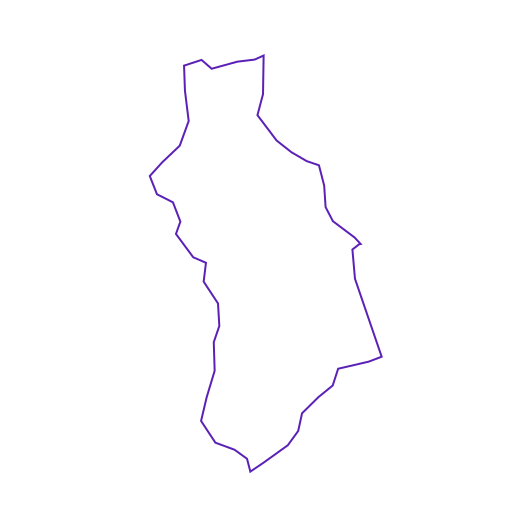 Forshaga, Värmland, Sweden (orthographic projection), rotated 162°
{"feature_id": "70781695B94802593774032", "entity_name": "Forshaga", "entity_type": "district", "adm_level": 2, "iso_a3": "SWE", "parent_name": "Sweden", "parent_adm1": "Värmland", "projection": "orthographic", "projection_center": [13.541, 59.66], "detail": "fine", "context": "isolated", "style": "outline", "palette": "violet", "viewbox_px": 512, "rotation_deg": 162, "n_neighbors": 0, "source": "geoboundaries", "source_scale": "gbopen_adm2", "svg_char_len": 805}
<svg xmlns="http://www.w3.org/2000/svg" viewBox="0 0 512 512"><g transform="rotate(162 256 256)"><path d="M152.8,235.1L156.5,243.1L172.1,265.3L174.7,281.0L169.4,301.9L168.1,322.8L178.5,330.6L190.2,343.7L200.7,359.4L211.1,389.5L199.3,407.8L186.8,444.3L196.5,443.2L213.8,446.6L240.3,447.8L247.2,459.3L265.6,459.3L272.5,435.1L278.3,405.2L294.4,384.5L316.2,374.1L332.3,364.9L331.1,345.3L318.4,332.7L317.3,312.1L325.3,301.7L316.1,274.2L305.7,265.0L313.7,247.8L306.8,222.6L312.5,200.8L322.8,187.1L330.8,159.6L346.7,136.7L359.2,116.1L353.7,96.0L352.3,91.0L336.3,78.4L327.2,65.9L328.0,52.7L312.7,57.1L284.2,66.2L269.9,76.6L260.8,92.2L240.0,102.6L223.1,109.1L212.7,123.4L181.5,120.7L167.6,121.4L168.3,164.9L168.9,203.8L162.3,232.4L154.2,235.3L152.8,235.1Z" fill="none" stroke="#5b21b6" stroke-width="2"/></g></svg>